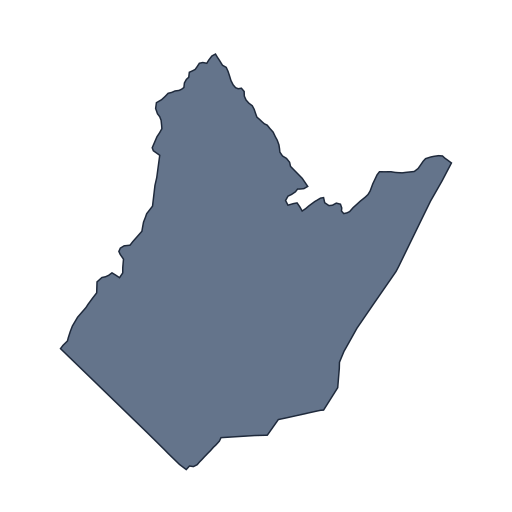 the district of Mata Grande, Alagoas, Brazil, rotated 354°
{"feature_id": "56859067B63231948696973", "entity_name": "Mata Grande", "entity_type": "district", "adm_level": 2, "iso_a3": "BRA", "parent_name": "Brazil", "parent_adm1": "Alagoas", "projection": "natural_earth1", "projection_center": [-37.735, -9.033], "detail": "fine", "context": "isolated", "style": "filled", "palette": "slate", "viewbox_px": 512, "rotation_deg": 354, "n_neighbors": 0, "source": "geoboundaries", "source_scale": "gbopen_adm2", "svg_char_len": 2594}
<svg xmlns="http://www.w3.org/2000/svg" viewBox="0 0 512 512"><g transform="rotate(354 256 256)"><path d="M170.8,145.8L169.5,151.1L165.5,167.6L162.9,175.2L158.3,195.6L151.7,202.5L149.8,206.5L147.7,210.5L146.1,215.9L145.1,219.5L135.0,228.8L131.8,232.1L125.9,232.1L121.9,234.0L120.1,237.1L121.1,240.2L123.9,245.3L122.3,253.5L121.7,258.9L118.0,263.3L114.4,260.3L111.0,257.7L107.5,259.8L104.2,260.9L100.5,261.3L95.2,265.1L93.7,276.0L89.1,280.8L83.9,286.5L81.6,289.4L72.2,298.2L66.1,306.4L63.5,311.5L60.8,317.6L59.6,320.8L54.7,324.7L51.9,327.7L129.6,420.6L144.7,439.0L148.0,443.2L155.6,452.3L158.0,455.2L164.3,461.1L167.9,457.9L171.7,458.9L175.7,457.4L178.2,455.0L180.9,452.8L183.6,450.4L187.3,447.3L190.4,444.8L193.6,441.8L196.3,439.8L200.2,436.3L202.2,433.0L235.8,434.4L248.5,435.4L261.1,421.0L270.6,420.0L292.2,417.5L300.1,416.6L304.0,416.2L307.1,416.3L323.5,395.5L327.1,376.5L327.9,370.4L330.6,365.4L333.6,359.9L335.7,357.0L348.9,338.3L362.1,322.8L368.5,315.3L393.6,286.1L396.8,281.3L408.4,262.7L424.8,236.4L435.4,219.5L440.6,212.3L449.0,200.6L460.1,183.9L456.6,180.7L453.9,178.3L451.9,176.0L448.1,175.3L443.1,175.5L440.2,175.8L434.8,176.9L432.1,179.3L429.3,182.6L426.3,186.0L422.2,188.5L419.1,188.5L413.5,188.5L410.2,188.6L405.7,187.9L403.0,187.4L399.0,186.3L394.7,185.9L390.9,185.5L387.6,185.1L384.9,187.9L382.6,191.7L379.7,196.4L376.3,203.3L373.8,206.6L370.8,208.9L365.5,212.3L362.0,214.9L357.7,218.0L353.8,221.6L351.1,222.6L347.7,223.0L345.7,220.2L346.3,217.2L345.4,213.3L341.4,211.8L337.3,213.5L333.8,213.5L329.9,210.2L329.3,205.0L326.2,205.2L320.1,208.0L313.8,211.7L310.5,214.0L306.6,216.1L304.8,211.9L302.4,207.5L298.7,207.8L293.1,208.8L291.2,203.9L294.1,199.8L297.8,198.5L301.9,196.3L304.3,193.8L307.1,194.0L310.7,194.0L314.7,192.2L310.1,183.6L299.7,170.5L299.2,166.3L296.5,162.1L292.8,159.3L290.6,155.2L290.6,151.7L290.4,147.8L289.2,143.0L287.6,139.2L286.0,134.6L283.1,130.6L280.8,127.0L278.1,125.4L275.9,123.0L273.9,120.6L271.4,118.0L270.4,113.9L269.5,109.9L268.0,106.2L264.8,103.2L262.4,99.8L261.1,95.8L261.4,91.1L259.0,87.6L255.8,87.8L253.3,86.5L251.1,83.3L249.4,78.8L248.5,74.1L247.5,69.5L246.1,65.3L242.6,62.8L240.1,57.6L238.3,54.2L236.8,50.9L233.0,52.5L229.6,56.1L227.2,59.2L223.3,58.0L219.8,58.4L217.3,61.5L215.0,64.1L212.5,65.1L208.9,66.3L207.8,71.2L205.2,73.1L202.9,76.4L201.9,80.9L199.4,82.4L196.7,83.3L192.7,83.4L189.3,84.5L185.6,85.0L182.2,87.9L178.4,90.7L173.0,93.1L171.6,98.8L172.9,104.3L174.8,107.4L175.8,111.1L175.8,116.3L175.7,119.6L172.9,123.5L170.0,127.0L167.3,131.8L164.1,137.5L164.9,140.6L170.8,145.8Z" fill="#64748b" stroke="#1e293b" stroke-width="1.5"/></g></svg>